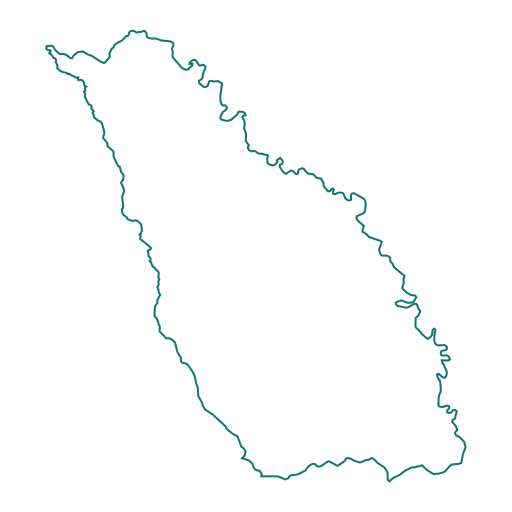 Santa Rita do Trivelato, Mato Grosso, Brazil
{"feature_id": "56859067B5892381335106", "entity_name": "Santa Rita do Trivelato", "entity_type": "district", "adm_level": 2, "iso_a3": "BRA", "parent_name": "Brazil", "parent_adm1": "Mato Grosso", "projection": "orthographic", "projection_center": [-55.302, -13.782], "detail": "fine", "context": "isolated", "style": "outline", "palette": "teal", "viewbox_px": 512, "rotation_deg": 0, "n_neighbors": 0, "source": "geoboundaries", "source_scale": "gbopen_adm2", "svg_char_len": 5953}
<svg xmlns="http://www.w3.org/2000/svg" viewBox="0 0 512 512"><path d="M212.6,414.4L225.7,426.5L226.4,428.6L228.7,430.6L233.0,434.0L237.5,436.2L241.3,446.6L243.8,448.5L245.6,451.5L244.5,455.7L242.1,458.3L248.9,460.4L252.5,463.8L253.1,466.1L255.0,469.4L257.7,470.6L259.2,470.6L260.3,472.0L261.8,474.4L261.3,476.3L278.1,476.4L285.3,479.4L288.1,478.3L290.2,475.5L298.1,474.3L305.3,470.6L308.3,466.5L311.5,464.3L313.4,463.8L315.0,464.1L317.4,466.6L320.8,466.3L327.8,461.5L329.1,461.3L337.5,465.9L344.4,461.2L346.5,458.2L348.2,458.0L351.3,459.0L354.6,460.9L360.1,462.5L366.3,460.0L368.5,459.8L371.8,458.0L373.8,459.0L377.6,462.9L384.1,467.3L386.4,470.4L387.5,472.5L387.7,479.7L389.4,481.3L393.0,478.1L399.7,474.9L405.3,470.6L411.2,467.6L414.9,467.3L422.0,465.3L426.6,469.7L432.0,473.2L433.7,474.0L438.3,473.7L443.5,472.3L445.6,470.9L449.2,466.6L451.8,464.5L458.3,463.9L461.3,463.0L462.9,454.2L465.6,447.3L464.2,441.8L459.3,436.9L456.3,435.6L455.0,433.4L455.7,431.6L457.0,430.4L456.9,428.6L455.5,425.7L452.2,422.0L452.6,420.1L454.9,418.6L456.7,411.3L455.5,410.1L453.9,409.9L452.6,410.5L451.4,412.3L449.1,413.0L447.4,412.5L447.1,410.8L449.2,408.1L449.2,406.3L447.4,405.5L442.8,407.0L439.9,406.7L438.4,405.3L438.7,396.7L440.8,391.0L440.8,388.6L440.1,381.2L437.9,378.0L437.0,374.5L438.6,373.8L442.9,377.4L444.8,377.8L446.2,376.3L446.9,372.8L446.5,371.0L443.6,364.4L442.4,363.1L441.7,360.3L448.5,360.5L449.9,359.3L449.3,357.5L447.9,355.8L446.1,355.3L442.6,355.6L441.4,355.0L440.7,352.1L441.8,350.8L445.7,350.1L447.0,348.8L446.4,346.1L444.6,345.1L437.9,345.4L436.2,344.5L434.9,343.0L434.2,340.2L434.4,335.0L435.4,329.8L434.2,328.6L432.6,330.0L432.0,335.0L429.7,337.7L427.7,339.0L421.7,333.9L420.1,331.5L415.9,327.6L415.4,325.8L415.7,317.9L418.6,315.3L420.3,311.2L418.0,308.2L417.3,305.1L416.1,303.9L414.2,303.8L408.9,306.9L406.2,307.8L397.6,305.9L396.2,304.5L395.8,302.9L397.3,301.7L401.6,300.4L407.7,302.8L411.7,302.6L413.7,301.7L416.3,297.3L415.3,295.6L411.1,295.0L407.1,292.9L402.7,288.9L402.4,286.9L403.8,283.1L403.3,278.6L404.3,277.5L404.3,275.7L394.4,267.6L391.8,262.7L390.7,261.8L390.0,259.8L390.3,257.9L388.8,256.5L386.8,255.6L381.8,255.6L380.7,254.6L379.1,249.9L381.7,241.9L380.6,240.9L368.9,237.0L366.4,234.0L362.6,231.8L362.6,229.5L363.9,226.0L357.1,220.0L356.4,217.1L357.2,216.0L363.6,213.1L364.7,211.7L365.7,205.5L365.6,202.6L364.5,199.2L354.0,193.2L351.9,193.6L350.8,195.2L351.1,199.7L349.8,200.4L347.9,200.3L345.3,198.4L343.5,193.8L342.4,192.9L339.4,192.5L338.0,192.7L335.3,194.1L333.1,193.7L332.9,191.9L333.9,189.7L332.9,188.5L331.7,188.9L330.5,190.8L328.3,191.5L324.3,187.0L323.5,185.1L323.5,182.7L322.0,180.8L321.1,178.5L317.6,178.2L315.8,177.1L313.2,174.1L308.4,173.7L305.8,171.4L303.6,168.6L302.0,168.3L299.6,169.2L298.3,170.7L297.8,173.8L296.0,174.0L292.5,170.8L291.0,170.5L286.1,173.8L283.7,172.5L279.6,166.8L280.0,164.7L282.1,163.8L283.0,162.0L282.2,160.3L280.1,157.9L276.8,160.3L277.4,161.8L275.4,164.3L273.4,165.5L270.6,165.0L267.6,163.3L267.2,158.1L267.8,156.9L267.6,155.0L263.9,154.5L261.2,153.6L259.1,153.7L257.6,153.1L255.1,151.0L251.3,151.3L249.0,150.1L248.1,148.6L247.9,146.7L248.9,145.3L245.7,140.9L246.0,135.5L245.6,132.3L244.0,128.3L244.6,126.1L244.6,122.5L244.4,121.0L242.4,117.2L243.2,115.6L245.6,115.2L244.9,113.4L243.2,111.9L239.8,111.6L238.1,112.2L237.5,114.3L231.2,119.7L227.2,121.0L221.5,119.7L220.3,118.2L221.2,114.7L222.8,112.1L226.0,109.7L226.8,108.1L226.5,106.4L224.9,105.3L222.6,105.4L221.5,104.0L220.3,100.5L220.4,95.3L222.0,83.6L218.3,81.1L214.1,81.5L210.6,80.8L209.2,81.4L207.7,85.7L206.3,86.8L203.8,87.0L199.3,83.3L199.0,80.8L201.7,79.0L202.4,77.6L203.5,72.3L205.4,68.4L205.5,66.6L204.4,65.4L202.6,64.7L200.6,65.6L199.0,65.2L195.8,60.3L194.4,59.8L192.8,60.2L190.2,62.0L189.5,63.9L192.5,63.7L191.9,66.1L190.2,67.1L188.4,69.3L186.2,69.9L182.0,68.0L172.5,57.0L172.7,51.9L172.1,48.4L173.4,45.0L173.3,43.5L172.2,42.2L170.5,41.4L161.2,40.4L155.6,38.5L151.4,38.6L147.7,37.6L146.6,36.2L146.7,34.0L145.8,32.1L144.1,30.8L141.1,31.9L136.5,32.4L133.2,30.7L130.8,31.0L129.2,32.4L128.7,34.8L127.7,35.9L126.1,36.2L122.1,40.4L117.2,42.9L114.0,45.6L113.3,47.7L112.0,48.5L109.9,52.2L109.3,54.2L109.9,56.7L105.2,62.4L103.8,63.0L100.4,61.5L91.7,55.8L87.5,54.3L83.1,51.5L78.3,52.0L74.0,55.0L71.9,58.3L70.3,58.0L66.2,54.8L62.4,53.8L60.3,54.3L58.4,53.1L54.5,49.1L53.1,46.4L51.5,45.7L46.4,46.2L46.5,49.1L47.6,50.0L49.6,50.2L50.9,51.1L49.2,53.1L51.1,54.4L53.6,57.8L55.2,58.5L56.2,60.1L55.8,61.9L57.5,66.0L57.2,68.1L60.4,71.0L62.2,71.9L66.7,72.9L67.8,74.2L69.4,73.7L70.3,74.7L76.5,77.8L78.2,77.3L77.9,78.9L78.4,80.2L79.9,79.7L82.0,80.1L84.1,82.7L84.0,84.3L85.0,86.1L86.2,86.7L85.1,87.5L85.2,90.6L83.9,91.7L85.0,93.2L84.8,97.2L86.0,98.4L87.1,102.0L88.1,102.8L88.7,104.4L90.9,105.1L91.8,106.8L91.2,108.1L93.7,111.4L92.6,112.8L93.9,115.6L94.0,117.2L97.4,120.2L101.0,122.0L102.0,123.5L104.4,132.2L104.2,134.3L103.3,136.2L103.3,138.3L106.6,142.1L107.6,144.2L107.4,146.0L113.1,151.1L113.6,152.8L113.6,156.7L114.4,158.5L118.1,166.1L119.7,166.6L121.1,172.0L123.3,174.7L123.6,176.3L123.1,180.1L121.9,181.1L121.1,183.0L123.3,187.7L124.2,191.1L122.1,196.8L123.2,205.5L123.1,207.6L121.8,209.3L122.5,213.3L123.7,215.1L126.4,216.9L127.6,219.2L132.6,221.0L134.3,220.4L136.3,220.5L138.1,221.4L141.1,224.4L142.0,230.6L141.2,232.0L140.9,233.8L139.6,234.5L140.7,236.5L140.1,238.9L149.7,246.6L151.1,248.2L149.9,249.9L147.7,250.7L148.6,254.3L148.4,255.8L150.5,258.2L150.6,260.0L149.6,261.3L151.1,262.3L152.5,266.3L154.8,267.9L155.6,269.3L158.2,271.5L158.8,273.3L158.3,277.0L159.3,279.5L158.3,281.2L158.7,284.9L157.4,287.1L158.6,290.2L158.6,291.9L160.2,294.9L157.5,299.8L157.3,302.9L154.9,306.6L154.4,315.7L156.8,318.7L158.4,322.7L158.7,324.8L159.8,326.1L159.6,331.4L166.3,338.4L169.3,338.3L171.1,339.1L173.5,340.8L175.0,342.6L177.5,352.2L180.9,357.8L180.9,361.0L181.9,362.6L186.3,363.6L188.1,365.1L192.9,372.3L194.9,376.7L196.0,382.7L197.9,388.3L198.3,396.1L202.4,403.4L202.6,405.5L205.1,409.5L212.6,414.4Z" fill="none" stroke="#0f766e" stroke-width="2"/></svg>